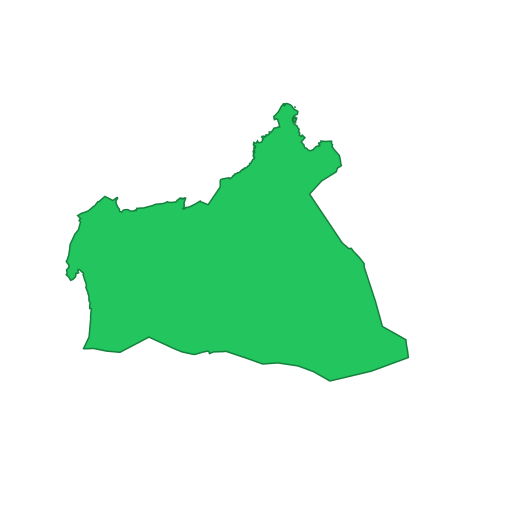 the district of Melhus nor, Sør-Trøndelag, Norway, rotated 23°
{"feature_id": "86288312B97150685823203", "entity_name": "Melhus nor", "entity_type": "district", "adm_level": 2, "iso_a3": "NOR", "parent_name": "Norway", "parent_adm1": "Sør-Trøndelag", "projection": "albers", "projection_center": [10.176, 63.18], "detail": "fine", "context": "isolated", "style": "filled", "palette": "green", "viewbox_px": 512, "rotation_deg": 23, "n_neighbors": 0, "source": "geoboundaries", "source_scale": "gbopen_adm2", "svg_char_len": 6015}
<svg xmlns="http://www.w3.org/2000/svg" viewBox="0 0 512 512"><g transform="rotate(23 256 256)"><path d="M76.1,288.5L76.7,288.7L79.9,290.3L79.7,290.6L79.3,292.5L81.2,293.2L82.3,301.2L80.8,306.5L80.4,318.0L82.0,323.2L83.5,329.4L83.4,331.4L83.8,332.6L83.7,333.4L83.4,334.9L84.0,335.6L87.1,337.3L87.2,337.7L88.2,338.9L88.2,339.3L87.6,341.4L87.0,342.8L88.5,344.9L88.9,346.5L88.6,347.3L88.7,347.5L90.4,347.9L92.8,349.2L94.9,350.8L95.9,349.9L96.8,348.8L98.0,345.7L97.6,343.9L96.9,342.4L97.8,342.0L99.3,340.8L98.6,340.1L97.9,338.9L97.3,338.2L98.7,337.5L102.3,338.8L103.4,339.0L104.0,339.4L104.2,340.2L104.1,340.9L105.2,341.9L107.0,344.2L110.3,347.7L111.2,349.2L111.6,350.0L111.7,351.5L115.4,355.2L116.4,356.7L117.8,358.1L119.6,362.2L120.3,363.0L121.5,363.7L121.9,364.7L122.1,366.2L123.4,369.3L125.0,368.8L127.4,376.5L128.3,378.2L129.1,380.7L134.0,395.8L133.4,408.6L134.2,408.5L142.6,404.6L155.7,401.9L168.4,397.8L189.1,372.5L216.9,373.3L225.3,373.2L236.0,371.2L238.0,370.6L242.3,367.2L243.7,365.9L248.6,362.5L249.8,362.4L250.3,362.7L251.3,364.0L254.5,360.8L259.6,358.5L260.0,358.1L261.9,357.5L265.6,355.5L285.9,353.9L304.4,352.8L317.8,345.9L337.5,340.8L354.0,340.0L372.8,342.2L407.2,316.9L435.9,289.9L432.4,283.8L429.2,279.0L426.7,274.5L399.9,271.5L383.6,251.0L360.0,224.0L358.4,220.7L351.3,216.8L344.0,213.7L340.7,211.7L339.1,212.6L338.7,213.0L330.3,210.3L281.1,178.1L287.1,161.2L297.0,147.2L296.6,143.2L297.9,141.6L299.3,139.4L297.7,137.6L297.5,137.0L296.2,134.8L293.5,131.0L286.4,127.5L283.5,125.8L283.4,125.1L283.1,124.5L283.0,123.8L282.6,123.4L281.5,123.1L281.2,122.8L281.1,121.2L280.5,120.8L275.2,123.4L272.3,124.4L271.4,124.5L270.8,124.8L271.4,125.9L270.9,126.6L269.7,127.4L269.6,127.6L269.8,127.9L269.8,128.2L270.5,128.4L270.4,128.5L270.9,128.8L270.9,129.1L271.6,129.5L271.4,130.0L270.3,130.3L268.5,131.8L267.2,135.5L265.4,137.6L263.0,138.3L260.2,137.0L259.5,137.3L258.5,137.4L256.6,134.9L253.1,133.5L254.8,127.9L251.3,126.7L251.1,128.2L248.7,128.0L248.8,127.2L247.7,125.2L246.7,125.3L246.6,124.5L246.2,122.4L245.2,122.3L242.8,120.2L240.3,119.9L239.5,119.5L238.2,118.6L236.5,116.8L236.2,116.0L236.0,115.1L236.0,114.9L235.9,114.1L236.2,112.5L236.9,111.1L238.7,109.4L238.1,106.6L236.7,106.2L235.3,106.3L233.5,105.9L232.3,105.3L230.4,104.0L228.8,103.5L226.3,103.4L224.7,103.6L223.6,104.4L223.4,104.8L223.5,104.9L223.2,105.4L223.2,105.9L223.3,106.1L223.7,106.0L223.8,106.2L223.7,106.4L223.3,106.3L223.1,106.0L223.2,105.1L223.0,104.8L222.4,104.8L221.8,105.1L221.7,105.5L222.1,105.3L222.1,105.5L222.1,105.9L222.4,105.4L222.5,105.4L222.6,106.5L222.1,106.8L222.4,106.3L222.4,106.0L222.0,105.9L221.9,106.6L220.9,107.9L220.8,108.6L220.5,112.7L220.3,114.2L219.7,116.3L218.3,119.8L217.9,120.4L217.9,120.8L219.6,123.3L220.3,122.7L220.6,122.2L220.7,121.8L222.6,121.9L225.4,125.2L227.4,128.0L225.8,128.8L225.4,129.4L222.5,131.4L222.4,133.3L222.1,133.9L222.1,134.4L221.5,136.4L220.9,136.2L219.7,136.7L220.6,138.6L220.1,139.0L219.9,139.8L217.9,140.5L217.8,141.5L217.5,142.1L218.2,142.3L217.6,143.2L216.3,142.8L215.6,143.0L214.9,143.4L214.8,143.7L214.8,144.3L215.5,144.2L216.6,145.0L216.4,145.3L216.7,145.5L216.3,145.9L216.3,146.1L216.9,147.3L216.5,149.1L214.9,150.4L214.0,150.6L212.4,149.5L212.2,151.5L211.9,152.3L209.6,152.3L209.9,152.9L210.4,153.4L210.3,153.7L209.9,154.1L210.7,154.8L210.8,155.1L210.8,155.4L211.4,155.6L212.0,155.1L212.8,155.3L212.8,155.6L212.1,155.9L212.0,156.4L213.0,156.5L213.0,157.0L212.8,157.4L212.0,157.8L212.7,158.7L213.2,159.2L212.5,159.5L212.4,159.7L212.5,159.9L213.1,159.9L213.3,159.7L213.7,160.1L213.4,160.6L212.7,160.8L212.6,161.0L212.9,161.2L213.8,161.4L213.3,161.8L213.4,162.0L214.1,161.9L213.7,162.8L213.8,163.1L214.2,163.5L214.2,164.0L214.4,164.1L214.1,164.4L214.9,165.6L216.1,165.6L215.9,166.7L216.4,167.0L216.0,167.6L215.3,168.7L215.2,169.9L215.4,170.5L215.0,171.2L214.9,172.5L214.0,173.3L214.6,174.8L214.5,175.0L214.0,175.4L213.7,175.9L213.2,176.8L213.2,177.4L212.8,178.3L212.2,178.6L212.0,179.1L211.3,179.4L211.3,179.6L211.0,179.8L211.2,180.2L210.8,180.8L210.3,181.0L210.3,181.7L209.8,181.6L209.7,182.0L209.4,182.3L208.8,183.4L208.8,183.7L208.5,184.1L208.7,184.5L208.4,185.0L207.7,185.9L206.9,186.2L206.3,186.9L206.3,187.2L206.0,187.6L205.7,187.7L205.2,188.4L204.5,188.7L204.4,188.9L204.5,189.3L204.2,190.0L204.3,190.4L203.5,191.1L203.5,191.9L203.3,192.6L202.7,193.6L201.9,194.7L201.6,194.8L201.4,195.1L200.8,194.6L200.3,194.7L194.3,198.7L193.7,199.6L193.6,200.7L196.1,206.4L191.9,227.5L184.9,227.6L183.8,227.8L183.3,227.2L182.3,228.2L182.0,229.1L181.1,229.9L180.8,230.7L180.2,231.5L179.8,231.8L177.1,235.1L174.2,238.1L173.4,238.1L173.1,238.5L172.7,238.6L172.2,239.3L172.1,240.1L170.7,241.1L170.3,241.1L170.6,240.2L170.7,238.6L170.3,238.4L170.3,237.9L169.9,237.3L169.9,236.5L169.4,236.2L169.0,235.0L169.0,234.2L168.8,233.0L168.7,230.3L167.4,230.4L167.1,231.0L166.4,232.2L166.1,232.2L165.7,231.8L165.0,232.3L164.7,231.9L164.1,232.0L163.8,232.5L163.6,233.0L163.1,232.8L162.6,234.2L162.3,234.5L162.0,235.3L161.6,235.6L161.6,236.2L161.5,236.6L160.9,237.8L159.5,238.4L157.9,239.5L156.5,240.0L154.8,240.7L153.1,240.7L152.0,242.2L150.3,243.8L143.1,247.8L141.0,250.1L135.8,254.0L134.0,255.6L129.3,257.8L128.0,259.3L127.8,259.7L127.7,259.5L127.6,260.3L127.5,260.7L127.6,260.9L127.1,260.8L126.8,261.0L126.8,261.6L126.3,262.1L125.4,262.3L124.9,262.9L122.4,263.8L120.9,263.4L119.8,263.4L116.8,264.9L116.0,265.7L115.6,266.6L115.3,268.1L113.1,268.2L111.9,266.3L109.4,264.8L107.1,262.6L106.0,261.1L105.7,260.5L105.8,259.6L105.7,258.8L106.0,257.6L106.0,256.8L105.7,256.5L105.3,256.4L104.7,257.2L102.6,260.8L93.6,260.2L90.3,267.1L89.2,267.9L87.9,272.8L86.8,274.3L84.5,279.2L82.8,281.3L78.3,285.3L76.1,288.5ZM239.6,113.2L239.1,113.3L238.4,112.9L237.9,113.8L237.7,113.8L237.6,113.6L237.4,114.0L237.6,113.4L237.5,113.1L237.5,112.7L237.4,113.2L236.9,114.0L236.9,115.2L237.1,115.9L238.0,116.9L238.4,117.2L238.2,117.1L238.4,117.2L238.5,117.1L240.3,117.8L239.1,114.0L239.8,114.2L239.6,113.2ZM233.1,103.4L233.7,103.9L234.4,104.0L233.5,103.5L233.1,103.4Z" fill="#22c55e" stroke="#15803d" stroke-width="1.5"/></g></svg>